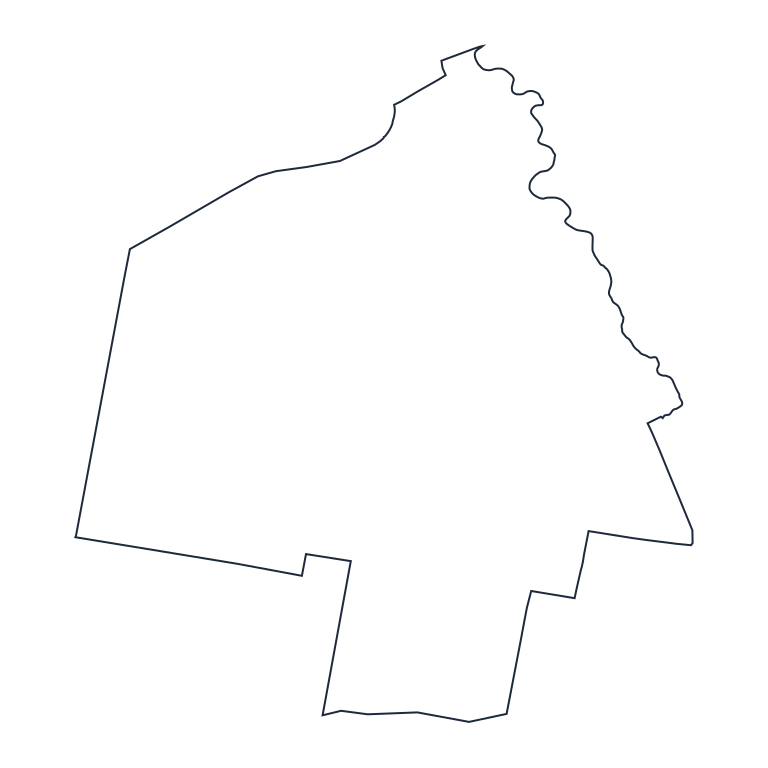 Frumoasa, Teleorman, Romania
{"feature_id": "2599482B40273657250889", "entity_name": "Frumoasa", "entity_type": "district", "adm_level": 2, "iso_a3": "ROU", "parent_name": "Romania", "parent_adm1": "Teleorman", "projection": "natural_earth1", "projection_center": [25.466, 43.78], "detail": "fine", "context": "isolated", "style": "outline", "palette": "slate", "viewbox_px": 768, "rotation_deg": 0, "n_neighbors": 0, "source": "geoboundaries", "source_scale": "gbopen_adm2", "svg_char_len": 4421}
<svg xmlns="http://www.w3.org/2000/svg" viewBox="0 0 768 768"><path d="M417.4,712.4L469.0,721.9L498.1,715.7L506.6,713.9L516.2,664.0L520.6,641.1L524.4,620.8L526.9,607.7L531.2,591.0L574.6,598.2L576.6,588.8L580.8,570.3L581.8,566.8L582.9,561.8L584.0,554.6L588.6,531.1L633.3,538.2L645.6,539.9L668.0,542.7L676.4,543.8L691.0,545.2L692.6,543.1L692.4,530.3L681.1,502.7L668.2,471.5L659.8,450.8L653.4,435.8L651.6,431.7L649.5,427.2L647.6,423.3L648.0,423.1L660.9,416.7L662.7,418.1L663.0,417.5L663.9,416.3L664.3,415.7L665.1,415.3L666.7,415.0L668.6,414.8L669.4,414.5L669.9,414.1L670.6,413.2L672.1,411.1L673.3,409.8L674.3,409.3L675.4,409.0L676.3,408.8L677.1,408.4L679.5,407.0L681.4,405.5L681.9,405.0L682.1,404.5L682.2,403.8L682.2,403.0L682.1,402.1L681.8,401.5L680.7,399.5L679.6,397.6L679.4,397.0L679.3,395.9L679.3,394.7L679.0,393.8L678.4,392.8L677.7,391.6L675.8,387.9L673.5,382.5L672.6,380.4L671.3,378.6L670.4,377.7L669.3,377.0L667.2,376.2L665.7,375.7L664.4,375.7L662.5,375.5L660.0,374.6L658.9,373.8L658.1,372.9L657.5,371.8L657.2,370.5L657.2,369.3L657.4,368.3L658.5,366.3L658.8,365.0L658.8,363.4L658.7,362.6L657.8,361.0L657.1,358.9L656.4,357.8L655.7,357.3L654.7,357.2L653.6,357.1L652.2,357.5L651.1,357.7L650.2,357.6L649.2,357.4L647.8,356.6L646.8,355.9L645.6,355.5L642.2,354.2L640.8,353.4L640.3,353.0L639.6,352.0L638.5,350.9L635.9,348.9L634.6,347.5L633.5,346.1L631.5,342.5L629.8,340.0L628.5,338.7L627.1,337.8L626.3,337.1L625.5,336.3L623.8,334.1L622.7,332.8L622.4,332.2L622.2,331.1L622.1,329.2L621.7,327.6L621.6,325.7L621.8,324.6L622.8,322.2L623.1,320.6L623.4,318.6L623.4,317.6L623.1,316.8L622.3,315.7L621.6,314.3L620.9,312.1L619.7,308.8L618.7,306.9L617.9,305.8L616.8,304.8L614.3,303.0L613.3,302.4L612.9,301.6L612.2,300.4L611.4,298.2L610.2,296.4L609.3,294.8L609.0,293.5L609.0,291.6L609.4,290.1L610.8,285.5L611.4,281.7L611.0,278.5L610.2,275.6L609.3,272.8L607.9,270.4L606.8,269.0L605.3,267.7L603.4,265.7L601.0,264.8L599.6,263.2L597.3,259.5L594.7,255.6L593.0,251.7L592.5,250.0L592.5,245.3L592.7,239.7L592.7,237.1L592.3,235.4L591.5,234.0L590.4,233.0L588.9,232.3L586.6,231.6L583.6,231.1L578.9,230.4L576.8,229.9L575.3,229.3L569.9,226.1L566.9,224.0L565.7,222.7L565.2,221.6L565.3,220.6L566.2,219.2L567.6,217.8L569.2,216.2L569.8,215.3L570.2,214.1L570.4,212.3L570.4,210.3L569.8,208.6L568.7,206.8L566.8,204.6L564.1,201.8L561.3,199.6L558.9,198.6L556.4,197.8L554.1,197.6L550.9,197.6L547.2,197.7L545.3,198.1L543.5,198.7L542.8,198.7L540.5,198.3L538.4,197.5L535.8,196.1L533.7,194.7L531.7,192.7L530.5,190.9L529.8,189.6L529.5,188.3L529.6,185.4L530.0,183.1L530.9,181.0L532.2,179.0L534.2,176.6L535.9,174.9L539.3,172.5L540.4,171.9L542.2,171.5L545.2,171.0L547.5,170.5L548.6,169.8L550.8,168.0L552.1,166.5L553.3,164.5L553.6,163.6L553.6,162.4L554.3,160.4L554.5,158.4L554.7,157.2L555.0,156.1L555.1,155.3L555.0,154.7L554.4,153.7L553.7,152.8L552.6,150.8L551.6,149.0L550.3,147.8L548.7,146.7L545.1,145.2L541.3,144.0L539.5,142.9L538.6,141.9L538.3,141.3L538.3,140.6L538.3,139.6L538.8,138.3L539.9,136.5L541.4,132.8L542.1,130.2L542.1,129.2L541.9,128.1L540.5,125.4L537.6,121.0L533.8,116.9L532.4,114.8L531.6,113.9L531.2,112.9L531.1,111.3L531.4,110.0L532.3,108.5L534.0,106.7L535.7,105.7L538.4,105.2L541.1,105.2L542.0,104.9L542.7,104.3L543.0,103.3L543.1,102.1L542.9,101.0L542.4,100.0L541.3,98.6L540.5,97.6L540.0,96.4L539.0,94.3L537.9,93.3L536.5,92.5L534.3,91.6L532.5,91.1L530.2,91.0L527.6,91.4L526.3,91.9L525.2,92.7L523.6,93.7L522.5,94.1L520.0,94.4L516.6,94.3L515.0,93.7L513.7,92.9L512.9,92.1L512.2,90.9L511.9,89.2L511.8,87.3L513.1,82.2L513.7,80.3L513.7,79.3L513.5,78.4L512.9,77.0L511.7,75.4L506.6,71.0L503.5,69.3L501.5,68.7L499.5,68.6L497.2,68.6L494.8,68.9L491.9,69.8L489.3,70.3L486.5,70.0L484.6,69.6L483.2,69.0L481.5,67.7L478.3,64.2L476.5,61.0L475.3,58.2L474.8,55.4L474.8,53.7L475.3,52.2L476.1,50.9L478.7,48.8L481.3,47.2L482.6,46.1L480.0,46.6L473.3,48.9L458.2,54.5L441.4,60.7L442.4,67.1L442.7,68.4L443.3,69.8L445.7,75.2L438.5,79.6L417.8,91.4L401.3,101.3L394.1,104.8L394.5,106.9L394.7,108.7L394.8,110.3L394.7,112.5L394.2,116.1L393.5,118.7L392.6,121.8L392.5,123.2L391.9,124.9L390.9,127.3L389.3,130.4L386.9,134.0L385.1,136.2L383.8,137.0L383.7,137.8L383.3,138.4L380.3,141.1L374.8,144.9L339.9,161.0L306.6,167.0L275.9,171.2L258.0,176.3L229.1,192.1L168.9,227.1L129.9,249.1L124.6,276.2L76.0,535.7L75.4,537.2L236.7,563.7L301.9,575.8L306.0,554.1L349.3,560.9L350.8,561.1L334.4,650.7L322.6,715.3L341.1,710.8L367.7,714.3L417.4,712.4Z" fill="none" stroke="#1e293b" stroke-width="2"/></svg>